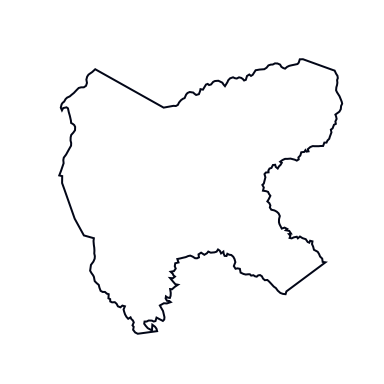 Arapoti, Paraná, Brazil, rotated 189°
{"feature_id": "56859067B71427731295811", "entity_name": "Arapoti", "entity_type": "district", "adm_level": 2, "iso_a3": "BRA", "parent_name": "Brazil", "parent_adm1": "Paraná", "projection": "orthographic", "projection_center": [-50.012, -24.073], "detail": "fine", "context": "isolated", "style": "outline", "palette": "ink", "viewbox_px": 384, "rotation_deg": 189, "n_neighbors": 0, "source": "geoboundaries", "source_scale": "gbopen_adm2", "svg_char_len": 4819}
<svg xmlns="http://www.w3.org/2000/svg" viewBox="0 0 384 384"><g transform="rotate(189 192 192)"><path d="M226.2,44.4L223.4,43.5L204.7,49.1L205.7,51.4L207.4,53.1L210.4,54.7L210.2,52.4L209.9,49.0L214.4,50.6L216.7,52.5L218.6,54.4L218.6,56.6L216.5,57.0L214.7,58.3L211.5,58.7L209.5,58.1L207.9,58.8L207.4,62.4L202.9,60.9L200.6,60.1L199.5,61.7L199.6,64.0L202.0,69.9L203.3,71.5L206.0,74.9L202.4,77.7L199.4,78.0L195.8,79.9L197.4,80.8L199.6,80.6L201.4,82.7L201.4,84.8L199.6,83.9L197.3,83.9L196.9,86.1L197.2,89.0L198.4,92.7L196.5,92.8L194.1,95.7L191.4,98.2L194.0,98.3L196.4,100.3L200.2,103.6L197.4,103.8L195.6,105.8L197.2,106.7L198.2,108.2L200.6,109.9L197.5,111.0L196.1,113.8L197.4,116.0L197.4,119.0L194.3,120.3L196.0,123.5L193.1,124.6L191.0,125.5L188.0,126.7L185.8,128.1L183.8,128.9L181.3,128.3L178.6,127.1L176.7,127.3L174.9,128.5L175.8,131.4L173.5,133.5L170.0,131.9L167.7,133.8L166.6,135.7L164.0,135.0L160.4,135.9L158.4,136.9L157.3,139.3L155.3,138.3L153.7,135.9L151.7,138.0L151.1,136.1L149.8,134.0L147.9,134.2L147.4,136.5L145.6,135.9L143.3,135.9L141.1,134.5L139.5,132.4L138.2,129.5L139.1,125.4L137.0,123.0L135.1,123.7L132.7,123.6L131.4,120.0L128.3,119.1L126.0,118.9L123.8,119.5L122.0,119.8L120.5,118.7L118.3,119.4L116.6,118.6L114.8,118.5L113.6,120.0L111.8,120.6L109.8,119.7L108.3,117.6L106.3,116.3L103.8,116.9L101.8,115.6L99.1,113.5L96.5,111.4L94.1,110.2L91.9,108.0L88.9,106.1L86.3,105.6L83.6,105.7L83.2,108.6L49.2,143.4L52.0,143.4L53.0,146.6L55.4,148.3L56.7,150.5L58.5,152.6L60.7,153.4L62.5,154.0L63.8,157.0L65.3,159.3L65.3,162.1L67.7,162.3L68.2,160.3L69.9,160.7L72.3,163.2L75.6,163.7L78.4,164.9L80.2,162.8L81.5,164.2L84.4,163.1L86.3,161.8L88.4,161.9L88.0,164.2L89.7,165.6L87.6,166.3L89.9,168.8L93.3,168.9L92.2,170.4L95.0,171.3L97.6,169.9L99.1,171.9L100.6,174.0L101.4,175.8L101.8,178.8L101.5,182.0L103.1,184.4L105.2,185.8L107.7,186.7L110.9,186.9L112.7,188.9L112.5,191.0L113.9,193.1L116.1,194.5L115.2,196.6L114.0,200.5L115.6,202.1L116.9,204.0L118.9,204.4L122.1,204.4L121.8,207.7L123.6,210.0L122.4,211.6L121.8,218.0L123.2,221.0L122.1,222.8L119.5,223.4L119.9,225.3L119.1,227.3L117.3,228.2L116.3,231.3L114.1,231.9L113.2,229.9L111.0,228.6L110.1,230.9L108.8,232.6L107.9,234.9L109.6,235.7L108.3,237.1L106.8,238.3L105.2,239.3L102.7,239.7L99.9,240.4L97.8,240.2L95.6,240.0L93.4,239.4L91.7,240.9L92.3,242.8L90.7,245.0L90.3,248.3L87.3,249.2L86.5,251.1L85.2,249.8L83.3,250.4L84.3,252.4L82.2,254.9L80.0,256.2L77.5,256.5L74.3,257.0L72.3,257.5L69.7,258.0L69.0,261.5L66.9,261.8L66.2,264.1L64.8,266.0L64.5,268.2L64.0,270.6L63.6,272.7L64.6,275.3L63.1,276.8L62.3,280.6L60.6,281.8L61.4,284.1L60.6,286.8L61.5,289.2L62.5,290.9L60.7,292.7L59.0,294.4L58.0,297.1L58.2,300.3L57.5,302.7L58.2,304.5L59.3,306.4L61.3,309.7L64.4,313.2L65.6,315.0L65.8,318.0L65.5,320.2L65.5,322.6L66.2,325.3L65.8,327.3L66.5,329.5L68.2,331.4L70.1,334.2L71.8,334.5L81.3,336.3L103.2,340.5L106.3,339.9L106.8,336.5L107.8,334.9L113.8,332.6L115.7,331.8L117.6,330.5L119.4,328.4L121.2,328.7L123.3,329.6L124.9,331.6L127.7,332.3L130.2,332.0L132.2,330.5L134.0,330.2L136.3,329.0L137.8,326.4L139.8,324.6L141.9,324.1L144.4,323.5L148.2,322.2L150.4,317.2L151.9,315.9L153.8,317.0L155.8,315.2L156.4,311.2L158.0,310.3L159.4,311.5L161.2,312.4L163.5,312.6L165.5,311.1L167.4,311.1L169.4,311.7L172.2,310.2L173.7,308.0L174.2,306.0L176.0,301.7L177.8,303.2L179.1,304.7L181.3,305.4L183.4,306.0L186.7,305.2L188.3,304.1L190.0,301.2L191.9,300.3L193.4,301.2L195.0,300.3L196.0,297.8L197.2,294.8L199.7,294.9L199.8,293.0L200.5,289.7L203.1,288.5L204.9,289.4L206.3,290.4L209.9,290.4L211.9,289.1L213.0,287.4L214.0,283.6L215.6,282.6L217.2,281.0L218.8,278.4L219.6,275.8L221.4,274.4L223.8,274.2L233.2,270.9L306.8,298.1L309.3,294.9L311.1,293.2L312.6,291.7L313.6,289.5L313.9,286.5L312.8,283.3L313.3,280.3L315.2,278.5L318.0,278.0L320.2,277.0L321.8,274.8L324.2,271.3L326.2,269.1L327.7,267.3L330.1,265.7L331.4,264.0L332.4,261.3L333.7,259.9L334.5,258.2L334.8,254.8L333.2,252.3L332.4,254.7L329.2,256.0L327.6,255.2L326.2,251.6L324.6,248.2L322.8,243.7L322.2,241.3L320.4,240.6L318.8,239.7L317.6,238.0L317.2,234.7L318.5,232.1L320.2,229.5L320.4,227.0L320.0,223.8L319.0,221.5L318.7,218.8L320.1,215.1L322.2,209.3L324.0,205.9L324.1,203.4L323.3,200.3L324.7,192.3L325.7,187.6L322.7,187.4L321.7,180.5L319.0,175.6L303.7,147.3L292.0,132.2L281.7,131.0L281.6,128.2L280.7,124.5L279.8,121.6L279.2,118.8L278.9,116.0L277.9,113.4L277.7,110.9L278.5,107.8L279.4,106.1L280.4,104.2L280.3,98.3L278.6,96.2L276.5,94.1L275.5,92.6L274.8,90.5L274.1,88.7L271.8,87.0L269.6,85.7L268.4,82.9L266.8,80.1L264.6,79.3L262.4,79.7L260.2,78.3L258.3,78.0L257.9,73.9L256.1,73.4L255.6,71.1L253.7,70.5L251.0,71.1L249.0,69.8L247.3,67.5L244.7,66.9L243.0,68.9L240.4,68.6L241.2,65.3L240.3,63.2L239.0,60.7L237.2,58.4L235.2,56.8L233.1,58.6L232.0,57.0L230.3,55.9L229.1,54.1L229.9,51.0L228.5,49.7L228.6,46.7L226.2,44.4Z" fill="none" stroke="#020617" stroke-width="2"/></g></svg>